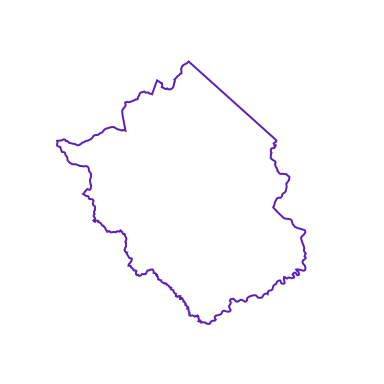 outline of Confresa, Mato Grosso, Brazil, rotated 219°
{"feature_id": "56859067B65031826235038", "entity_name": "Confresa", "entity_type": "district", "adm_level": 2, "iso_a3": "BRA", "parent_name": "Brazil", "parent_adm1": "Mato Grosso", "projection": "robinson", "projection_center": [-51.724, -10.407], "detail": "fine", "context": "isolated", "style": "outline", "palette": "violet", "viewbox_px": 384, "rotation_deg": 219, "n_neighbors": 0, "source": "geoboundaries", "source_scale": "gbopen_adm2", "svg_char_len": 5983}
<svg xmlns="http://www.w3.org/2000/svg" viewBox="0 0 384 384"><g transform="rotate(219 192 192)"><path d="M329.0,146.9L327.8,146.0L326.5,143.5L325.5,143.1L324.2,143.4L322.8,144.1L318.4,141.3L316.3,142.5L315.5,142.5L313.1,140.9L311.4,140.7L310.5,140.2L308.6,138.3L307.8,138.1L304.6,137.8L302.8,138.2L301.5,139.0L299.8,140.4L297.0,141.4L295.6,141.6L293.6,143.1L292.6,143.4L290.6,145.5L289.5,145.9L288.5,145.9L287.3,145.5L285.1,143.4L282.3,142.8L281.5,142.1L279.8,139.6L278.7,136.9L278.1,136.2L276.9,135.4L275.9,134.1L274.7,133.8L274.2,133.3L273.7,132.1L273.0,131.3L272.7,129.7L273.3,129.0L274.9,128.6L275.4,127.9L275.2,126.9L275.5,125.4L275.1,122.9L275.4,121.9L271.5,122.4L270.2,123.3L269.0,123.0L268.0,122.0L266.9,122.2L266.2,122.9L264.5,123.7L263.4,123.5L262.7,122.7L262.0,120.9L261.5,120.3L260.6,119.8L258.6,119.7L257.8,119.3L257.1,118.1L256.1,117.1L255.9,116.1L255.9,115.3L255.0,114.1L254.0,113.8L253.8,112.0L253.0,111.1L251.2,110.9L250.4,110.1L250.7,107.7L249.5,107.6L248.6,107.9L248.9,108.9L247.4,110.3L246.4,110.5L245.8,109.6L244.7,110.2L242.9,110.3L240.9,109.4L240.1,109.9L239.2,109.9L238.1,109.5L237.0,109.5L234.9,108.3L233.9,108.4L233.0,107.7L232.3,108.3L231.8,109.5L229.5,109.6L228.1,111.3L226.8,112.4L226.0,112.6L225.5,114.4L223.2,115.8L223.5,117.1L220.9,117.0L220.1,116.4L219.0,116.1L218.2,116.8L217.4,116.8L217.0,116.1L214.1,114.9L213.1,113.6L212.4,111.3L211.6,111.3L208.9,107.9L208.8,106.4L208.3,105.5L208.1,104.6L206.4,103.7L205.2,103.6L204.3,104.1L204.0,103.0L199.1,101.3L197.7,102.1L196.6,102.2L196.1,100.8L195.5,100.0L195.6,95.8L194.9,94.7L193.2,96.0L191.9,95.1L190.4,95.3L189.7,94.9L188.8,95.1L188.1,94.4L187.2,94.8L186.4,95.6L185.5,95.6L184.8,94.0L183.8,92.9L182.5,92.7L181.7,93.8L180.6,93.5L179.7,94.1L179.3,94.9L179.2,96.8L176.6,98.7L176.3,99.7L176.8,100.8L177.1,103.2L175.7,104.4L175.7,105.4L174.9,105.9L174.3,106.8L173.2,106.9L171.5,105.9L171.0,105.0L169.9,105.5L168.5,105.8L167.8,105.0L166.9,105.6L166.1,104.5L165.3,104.6L164.8,104.0L164.0,103.7L163.3,102.8L162.3,103.3L161.5,103.3L160.6,103.9L159.3,103.1L157.7,103.3L156.6,103.2L155.8,104.1L155.0,103.8L154.2,104.7L153.2,104.1L151.1,104.6L150.1,104.0L148.1,104.6L147.9,103.4L146.8,103.2L145.1,103.9L144.1,103.6L143.4,102.8L141.5,102.4L140.4,102.8L139.0,100.9L137.3,101.4L137.2,102.4L135.6,103.7L134.9,102.1L134.0,101.3L133.3,101.8L133.5,103.1L132.6,103.3L130.4,102.3L129.7,101.5L129.0,102.0L128.1,101.5L126.7,101.3L126.2,100.1L125.4,100.5L124.4,99.9L123.0,100.1L122.4,98.5L121.7,99.4L119.2,97.0L118.2,96.9L117.6,95.5L116.7,95.5L116.4,94.6L115.5,94.7L113.7,96.5L112.8,96.9L111.7,96.7L111.1,97.6L110.9,98.4L109.8,98.5L109.9,99.5L109.0,99.5L106.1,96.9L105.2,97.2L105.5,95.7L104.7,95.9L103.1,97.0L102.6,96.4L101.9,97.3L99.5,98.9L97.6,99.0L96.0,100.1L95.2,101.1L95.6,102.1L95.6,103.1L95.2,104.5L94.5,105.4L93.3,106.4L93.2,107.8L95.0,108.4L95.8,109.4L95.8,110.6L93.0,114.5L92.6,115.5L92.6,116.4L93.1,117.7L93.0,119.2L92.1,120.1L89.6,121.0L88.7,121.6L87.5,123.0L87.5,124.3L88.0,124.8L90.7,125.9L91.4,126.6L91.7,129.3L92.3,130.5L94.4,131.7L94.4,133.1L92.6,135.1L88.7,134.8L87.9,135.1L87.3,136.0L86.5,138.6L86.0,139.2L84.8,139.8L82.0,140.0L81.3,140.6L81.1,141.7L81.2,142.9L82.1,143.8L82.3,144.7L81.5,147.0L80.4,148.9L78.9,150.7L78.0,151.5L77.2,151.9L74.0,151.5L71.8,153.2L71.4,153.9L71.3,155.2L71.7,156.9L71.1,159.1L70.3,159.9L68.9,160.2L70.1,162.5L70.1,163.7L68.8,165.2L68.3,166.1L68.3,167.1L69.5,169.7L69.7,171.0L69.5,172.0L68.8,173.4L69.4,175.9L69.2,176.9L68.7,177.9L67.9,178.7L67.2,178.6L65.1,177.3L64.3,177.5L62.9,178.5L62.7,179.6L65.9,182.2L66.9,183.9L65.9,184.4L64.5,184.2L63.6,184.7L63.4,185.9L62.7,186.7L60.6,187.5L59.6,188.4L58.9,190.0L60.0,190.9L61.1,190.8L61.9,191.2L62.1,192.4L61.4,194.0L60.3,194.4L58.6,193.6L57.6,193.8L56.9,194.5L57.0,195.3L58.6,196.7L59.5,196.9L61.0,196.8L62.2,197.3L61.3,198.4L56.0,200.9L55.3,201.6L55.0,202.6L55.4,203.6L57.5,205.6L60.7,206.3L61.7,206.8L62.3,207.7L62.7,208.9L62.3,209.8L62.0,212.1L62.6,212.6L64.0,212.8L64.9,214.8L64.8,215.8L67.8,216.6L68.5,217.3L69.3,218.8L70.2,219.7L75.5,222.8L78.2,224.8L78.7,225.5L78.7,226.5L78.2,229.6L78.3,230.7L78.6,231.9L79.2,232.7L80.2,233.2L81.1,233.1L82.9,232.2L83.7,232.0L86.8,230.6L90.2,229.6L91.9,230.2L93.5,230.4L96.5,232.5L97.8,232.8L100.4,231.6L101.9,230.5L104.3,229.5L112.6,230.2L119.2,231.1L119.9,233.7L121.2,236.4L121.9,240.4L121.4,241.7L119.4,243.5L119.5,245.6L120.3,246.7L120.2,248.2L119.6,250.1L119.7,251.7L121.8,255.8L123.9,257.7L124.1,262.2L125.4,264.6L126.2,265.2L128.4,264.9L129.8,265.3L131.9,263.8L133.0,263.3L134.0,262.1L135.7,261.4L137.1,261.9L138.9,262.1L139.6,263.1L140.3,263.2L141.0,263.8L143.4,264.7L144.9,265.8L145.7,267.7L146.9,268.2L150.1,267.7L152.1,267.8L154.7,271.4L154.8,272.5L156.0,272.8L157.3,274.5L157.6,275.2L157.4,276.3L156.0,277.7L155.8,278.5L155.9,280.1L156.5,280.9L157.1,280.0L158.2,280.9L159.1,281.2L158.4,283.8L158.7,284.9L159.4,285.3L276.8,291.3L277.0,288.9L278.6,285.3L278.5,284.3L278.8,283.2L277.8,280.6L276.0,279.1L274.9,277.5L275.7,276.1L275.6,274.8L276.0,273.3L276.1,270.4L276.4,268.2L275.1,267.5L274.5,265.7L273.5,263.9L272.6,261.6L272.6,260.1L273.3,258.3L275.2,256.8L276.4,256.9L277.0,255.6L277.9,255.2L279.9,255.0L281.4,254.4L282.1,256.0L283.4,257.2L284.2,257.7L285.0,257.0L285.8,257.2L289.4,256.8L284.6,242.8L285.7,242.5L286.5,241.9L288.6,241.8L290.5,240.1L292.2,240.1L294.2,237.4L294.6,236.5L294.4,235.1L294.0,234.3L293.4,231.1L292.7,230.0L293.1,229.2L294.0,228.7L294.5,226.8L295.3,226.0L295.7,224.5L298.0,221.7L299.5,221.0L300.2,219.3L298.1,217.7L297.8,215.8L297.9,214.9L297.7,212.1L297.3,211.1L294.3,208.0L282.3,197.8L284.7,196.8L285.3,195.5L288.3,194.5L289.1,193.9L293.6,193.3L295.5,191.7L297.4,189.0L298.9,186.7L299.3,185.5L299.3,181.7L300.4,179.8L301.0,177.3L303.4,174.9L303.8,173.8L303.6,170.3L304.9,167.1L305.6,165.8L306.5,165.1L307.4,162.5L308.3,161.4L308.5,159.6L309.4,157.2L310.3,156.3L311.6,155.9L313.0,155.7L315.4,154.3L318.7,152.9L320.8,153.2L322.2,152.1L323.0,152.7L324.1,152.7L324.9,152.1L325.9,149.9L329.0,146.9Z" fill="none" stroke="#5b21b6" stroke-width="2"/></g></svg>